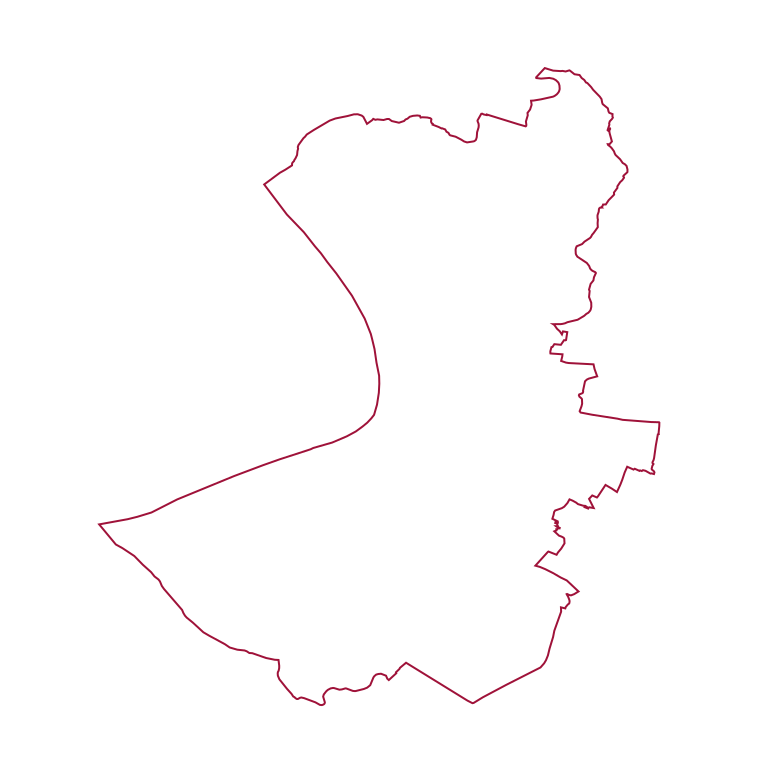 Hinova, Mehedinti, Romania (Natural Earth projection), rotated 3°
{"feature_id": "2599482B25696524526243", "entity_name": "Hinova", "entity_type": "district", "adm_level": 2, "iso_a3": "ROU", "parent_name": "Romania", "parent_adm1": "Mehedinti", "projection": "natural_earth1", "projection_center": [22.791, 44.546], "detail": "fine", "context": "isolated", "style": "outline", "palette": "rose", "viewbox_px": 768, "rotation_deg": 3, "n_neighbors": 0, "source": "geoboundaries", "source_scale": "gbopen_adm2", "svg_char_len": 6125}
<svg xmlns="http://www.w3.org/2000/svg" viewBox="0 0 768 768"><g transform="rotate(3 384 384)"><path d="M379.9,689.6L383.1,688.1L386.0,685.5L388.8,677.6L389.6,676.3L391.4,674.6L393.5,673.9L396.2,673.5L401.3,675.2L402.7,678.1L404.3,679.4L411.4,672.2L411.0,671.3L414.3,667.8L414.8,666.6L420.6,661.2L483.9,695.8L489.0,698.1L490.2,697.8L499.1,691.7L521.9,678.0L555.1,658.9L558.5,654.6L560.2,651.4L561.9,646.5L563.2,639.5L566.1,627.8L567.0,621.5L572.8,602.1L572.4,597.8L576.8,598.6L577.1,597.3L579.1,594.6L580.4,593.5L580.6,592.8L580.7,591.1L580.3,589.7L579.1,587.0L577.4,584.3L577.8,584.1L580.0,585.0L581.8,585.3L584.9,583.9L589.1,581.0L576.8,570.6L570.6,568.0L562.8,564.0L554.8,560.5L549.2,558.5L544.7,557.5L556.5,543.0L557.0,542.7L565.3,545.5L566.5,543.2L569.6,539.1L572.6,533.7L572.1,529.0L571.4,528.1L569.3,527.1L566.7,526.3L561.8,522.2L563.8,521.2L563.7,520.0L564.7,520.0L565.2,518.9L566.9,519.0L567.0,518.5L564.5,517.8L563.3,517.0L565.1,516.8L563.9,514.3L562.3,513.9L562.4,513.1L564.9,513.3L564.7,512.1L559.2,509.8L560.2,505.8L560.6,502.9L561.5,501.4L568.1,498.7L570.4,497.1L573.4,493.3L575.3,489.5L578.4,490.6L582.1,492.4L584.0,493.8L589.2,495.1L591.5,495.2L592.3,495.7L591.4,495.8L590.9,496.5L594.4,497.7L594.7,496.9L595.4,496.4L599.9,496.9L594.8,488.0L597.8,484.4L602.6,486.2L603.6,484.9L610.5,473.2L617.1,476.6L622.3,479.7L625.3,472.1L626.9,467.3L629.0,459.7L631.2,453.9L637.7,456.4L638.8,455.5L643.7,457.4L644.2,456.9L646.0,457.4L647.1,456.5L649.7,457.0L654.7,459.5L656.0,459.3L658.3,459.8L658.7,458.1L658.2,457.1L655.9,455.3L655.7,454.6L656.3,451.6L657.3,449.8L656.3,448.9L656.2,448.1L657.2,445.8L657.6,443.7L658.7,431.0L660.1,420.0L661.0,419.7L660.8,418.6L661.1,411.6L661.0,408.1L660.7,407.8L652.9,408.0L624.2,407.3L618.9,406.4L593.4,403.8L581.8,402.2L580.8,400.9L582.4,395.9L582.9,393.3L582.5,388.8L581.9,388.0L579.8,386.4L579.2,385.0L579.5,384.2L582.2,383.0L582.8,382.6L583.1,382.1L583.3,381.1L583.1,380.4L584.6,370.8L586.3,369.0L588.2,367.9L596.5,365.2L593.5,358.1L592.2,353.4L567.4,353.4L564.6,353.1L559.7,351.7L560.6,347.0L560.7,345.0L548.6,344.8L548.5,344.5L548.4,342.6L549.3,338.4L550.3,338.2L552.0,335.3L558.6,335.6L561.5,330.8L563.0,330.9L563.5,330.6L564.3,322.6L560.0,322.1L559.1,325.2L556.8,322.2L553.9,319.8L550.9,316.0L549.8,315.4L557.1,315.0L559.2,314.6L561.6,313.9L563.9,312.7L574.0,309.7L580.4,305.4L582.4,303.4L584.4,302.1L586.0,300.0L586.5,298.9L587.0,296.1L586.7,292.0L584.2,286.4L584.5,280.3L583.8,279.1L585.1,273.2L587.7,269.6L588.1,266.4L589.8,262.1L589.2,261.3L586.1,260.0L584.7,258.9L583.8,257.9L582.7,255.4L580.2,252.5L570.5,246.8L569.2,245.0L568.7,243.9L568.3,240.0L568.5,238.4L569.2,236.4L574.5,233.9L576.8,231.3L582.1,227.4L583.0,226.3L584.0,224.1L585.4,222.3L589.3,216.2L588.9,212.3L589.0,208.5L588.6,207.3L588.4,205.1L588.4,204.2L589.4,200.7L589.5,198.1L589.8,197.3L590.6,196.6L592.3,196.4L591.8,196.0L593.0,194.7L593.4,193.3L596.1,193.1L598.7,188.7L603.9,182.8L603.6,180.8L606.8,176.0L606.7,174.4L609.3,170.0L611.2,168.1L612.9,165.4L612.8,165.0L612.1,164.1L612.3,163.4L615.9,159.8L616.0,159.3L615.9,157.0L614.8,153.5L613.0,151.9L610.8,150.8L608.0,147.2L603.3,143.2L602.4,141.8L601.5,139.6L599.1,136.6L597.5,135.1L595.2,133.5L594.9,132.8L596.6,132.8L598.9,129.9L596.2,121.8L595.7,119.3L596.5,117.4L596.3,117.0L595.9,117.2L594.6,119.3L594.0,118.8L595.5,113.3L595.2,112.0L595.7,109.9L597.9,107.3L598.6,106.0L598.1,104.7L598.1,102.5L594.8,101.4L594.0,100.2L593.1,97.0L587.8,93.1L587.2,91.8L586.3,88.1L584.4,85.7L577.4,79.2L575.3,76.6L571.3,72.8L569.9,72.3L568.1,69.9L565.4,68.1L563.1,65.2L558.0,64.7L553.4,61.4L552.7,61.1L549.0,62.4L545.9,62.0L544.0,62.3L536.5,62.2L528.0,60.1L519.9,69.8L520.1,70.5L524.9,70.8L533.1,69.7L537.1,70.3L539.8,71.6L542.2,73.7L542.8,74.7L543.6,76.8L544.0,80.3L543.6,82.2L543.0,83.6L541.4,85.7L539.3,87.4L537.8,88.2L525.9,91.5L518.6,93.1L516.0,93.4L516.8,97.5L515.5,102.3L513.1,105.8L513.5,108.1L512.0,114.4L512.6,117.8L512.5,118.8L512.0,119.3L504.6,117.6L472.6,109.5L472.5,110.1L469.4,109.6L467.9,108.9L467.0,109.1L463.6,115.9L463.7,116.7L464.8,119.1L465.1,121.0L465.0,122.9L463.8,127.7L463.7,132.8L463.0,135.4L461.6,136.7L460.5,137.1L454.3,138.4L451.3,137.6L448.5,136.0L442.6,133.3L437.1,132.2L436.4,131.7L435.2,129.8L433.2,128.8L431.8,126.6L428.6,125.6L428.1,125.8L425.2,124.5L419.0,122.5L419.2,121.8L418.1,121.1L417.5,120.2L417.2,119.0L417.5,117.3L417.3,116.8L416.2,116.1L413.2,115.6L408.3,115.6L406.6,116.0L405.8,114.3L403.1,114.1L398.9,114.7L395.7,115.8L393.6,117.8L391.7,118.7L390.3,120.3L385.3,122.3L378.0,121.0L375.1,119.1L373.2,119.2L369.7,120.4L363.6,120.1L361.5,120.6L359.4,119.8L358.3,121.2L353.4,125.1L349.4,118.3L347.7,117.1L343.7,116.0L339.8,116.3L333.6,118.3L321.6,121.4L316.0,123.8L300.6,134.0L293.8,138.9L292.2,141.2L290.7,142.7L286.1,149.8L285.5,151.9L285.9,153.5L285.4,155.9L285.2,159.9L283.7,163.5L282.9,164.7L282.4,166.2L281.3,167.4L280.7,168.4L280.7,170.5L274.2,175.2L269.0,178.5L253.9,191.0L278.1,219.8L296.0,236.6L307.8,250.1L314.2,256.8L320.9,265.1L330.6,276.1L347.4,297.5L361.3,319.7L368.2,334.7L369.8,339.8L372.7,349.6L375.4,363.1L378.7,376.0L379.3,384.0L379.3,393.1L378.1,405.0L375.7,415.3L373.2,418.9L369.3,423.5L364.8,427.6L358.3,432.9L349.6,438.2L335.3,445.2L316.7,451.6L314.2,453.0L283.7,464.7L267.5,471.4L239.1,483.8L183.5,510.1L158.5,524.5L144.7,529.5L135.2,532.4L106.9,539.1L124.6,558.3L131.4,561.6L143.6,568.8L152.5,577.0L161.3,584.1L164.9,588.2L169.0,591.0L170.6,592.9L172.7,597.3L175.0,600.2L194.2,620.2L195.7,623.3L197.4,625.8L199.2,627.6L205.6,632.3L216.6,641.4L222.8,644.6L238.8,652.2L243.7,655.2L251.4,657.0L258.7,657.4L260.9,658.1L263.6,659.7L266.5,659.7L280.6,663.8L289.3,665.1L293.1,665.1L294.1,670.8L294.2,673.2L293.8,675.8L293.1,677.3L293.0,678.7L293.3,680.9L295.0,684.4L303.1,693.5L307.9,698.3L309.7,700.8L311.0,701.4L312.1,702.4L313.4,703.1L314.4,703.1L316.7,701.7L317.9,701.4L320.7,701.9L332.2,705.5L336.8,707.8L338.8,707.9L340.4,707.2L341.1,706.6L341.5,705.8L341.6,705.0L339.6,699.4L340.1,697.2L342.4,693.9L343.9,692.4L346.6,690.8L349.0,690.2L350.2,690.3L355.5,691.6L357.9,691.2L361.3,690.0L362.2,690.0L368.9,692.1L370.6,692.2L371.8,692.1L379.9,689.6Z" fill="none" stroke="#9f1239" stroke-width="2"/></g></svg>